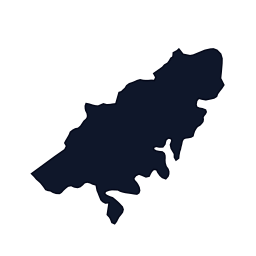 Pirapó, Rio Grande do Sul, Brazil, rotated 103°
{"feature_id": "56859067B57075431460973", "entity_name": "Pirapó", "entity_type": "district", "adm_level": 2, "iso_a3": "BRA", "parent_name": "Brazil", "parent_adm1": "Rio Grande do Sul", "projection": "orthographic", "projection_center": [-55.227, -28.076], "detail": "fine", "context": "isolated", "style": "filled", "palette": "ink", "viewbox_px": 256, "rotation_deg": 103, "n_neighbors": 0, "source": "geoboundaries", "source_scale": "gbopen_adm2", "svg_char_len": 2765}
<svg xmlns="http://www.w3.org/2000/svg" viewBox="0 0 256 256"><g transform="rotate(103 128 128)"><path d="M217.1,128.7L219.0,125.9L220.8,124.3L223.7,122.4L224.3,119.5L221.7,118.3L219.2,117.7L216.4,116.9L213.6,115.5L211.3,114.5L208.5,114.4L206.2,115.8L205.0,117.6L203.7,119.5L202.5,121.5L200.9,124.5L199.5,127.3L199.2,130.3L198.5,133.9L197.0,136.2L194.8,135.6L192.8,132.6L191.7,129.9L191.1,127.0L190.5,123.8L191.2,121.4L191.4,119.0L191.4,116.0L190.9,110.5L190.7,107.1L190.4,104.4L188.7,102.8L186.3,102.6L183.3,103.9L180.9,105.9L179.3,107.6L177.5,110.2L175.7,111.1L172.7,109.8L170.4,107.0L170.8,103.8L171.6,99.5L170.2,96.6L167.4,96.0L165.1,95.3L162.5,93.7L162.2,90.7L164.6,88.8L167.0,86.1L168.5,83.4L169.0,79.8L166.0,78.2L163.7,78.0L161.3,78.5L159.1,79.8L157.0,82.2L153.9,84.0L151.0,84.9L149.0,85.2L146.7,85.8L144.7,87.0L143.6,89.2L144.0,92.4L144.1,95.4L143.2,98.3L141.0,98.6L139.5,96.4L139.5,93.3L138.6,89.8L135.4,88.4L133.1,88.5L130.7,88.2L128.6,86.2L128.6,83.7L130.3,82.4L132.3,82.6L134.8,82.9L138.2,81.3L142.7,77.0L146.1,76.2L148.5,74.0L146.0,71.9L143.3,72.3L139.3,72.5L136.9,72.2L134.6,72.3L131.9,72.2L128.6,72.3L126.1,71.6L124.7,69.7L123.8,67.2L122.6,64.5L121.1,62.9L118.9,62.9L115.8,62.6L112.7,61.6L110.9,60.7L108.8,58.5L106.9,57.4L104.9,56.5L102.9,56.6L100.7,57.4L98.8,56.9L96.9,55.9L94.8,55.4L93.0,56.5L92.5,59.8L92.7,63.1L92.2,65.7L89.8,67.0L86.0,67.2L83.1,65.8L83.2,62.2L83.0,58.5L81.7,55.7L80.8,53.7L79.4,50.9L77.3,48.8L74.6,48.5L71.4,47.2L68.3,45.7L64.5,44.3L58.8,49.0L51.6,49.9L44.0,51.0L39.2,52.0L35.1,54.3L32.2,58.8L31.7,62.5L32.6,65.5L35.0,70.5L42.3,80.8L43.6,83.8L43.8,91.0L39.6,96.2L41.6,97.5L44.5,100.8L46.8,100.4L48.8,100.3L50.3,101.9L53.1,102.7L55.9,103.9L58.4,106.6L61.1,108.0L69.1,115.2L72.3,112.3L75.8,112.9L76.3,116.0L77.3,119.0L77.9,121.6L78.3,124.1L78.3,127.0L79.8,129.7L81.5,131.9L82.9,133.9L84.6,136.7L87.1,138.8L89.9,139.7L92.0,141.2L94.1,142.5L95.4,144.7L107.2,145.3L108.2,148.2L109.2,150.6L110.2,154.0L110.0,157.4L111.5,159.4L113.4,162.0L113.8,164.8L113.8,167.7L113.5,171.3L113.6,174.3L116.1,174.6L118.6,173.9L120.5,173.0L122.5,171.3L124.6,170.3L126.7,169.9L128.8,170.6L131.3,172.4L134.0,173.4L136.9,174.5L139.5,176.4L140.7,179.1L142.5,181.2L145.0,183.2L147.3,183.5L149.3,184.0L152.2,184.9L154.7,185.7L156.8,186.2L159.4,183.8L163.3,184.7L172.4,192.9L194.2,211.7L196.3,208.3L198.3,205.7L199.3,203.8L200.9,200.9L203.0,198.2L204.8,196.1L206.5,194.3L206.8,192.0L206.6,189.4L207.5,186.5L207.8,183.3L207.2,180.0L205.6,178.5L203.2,177.2L200.7,175.5L198.2,173.5L196.8,170.4L197.5,167.1L197.3,163.8L196.0,161.5L193.6,159.6L191.1,158.1L189.8,155.5L189.9,152.4L190.5,149.9L190.7,146.2L195.9,143.9L197.9,142.4L200.3,140.8L204.1,138.1L205.4,136.0L206.2,133.1L205.0,129.6L217.1,128.7Z" fill="#0f172a" stroke="#020617" stroke-width="1.5"/></g></svg>